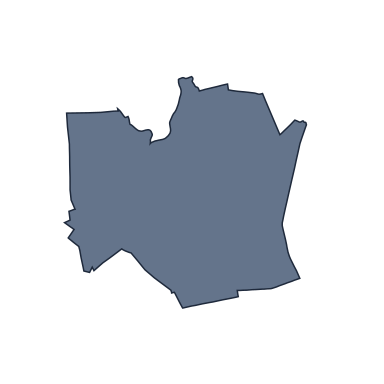 outline of Moc Hoa, Long An, Vietnam, rotated 67°
{"feature_id": "81297802B7527818717712", "entity_name": "Moc Hoa", "entity_type": "district", "adm_level": 2, "iso_a3": "VNM", "parent_name": "Vietnam", "parent_adm1": "Long An", "projection": "orthographic", "projection_center": [105.993, 10.757], "detail": "fine", "context": "isolated", "style": "filled", "palette": "slate", "viewbox_px": 384, "rotation_deg": 67, "n_neighbors": 0, "source": "geoboundaries", "source_scale": "gbopen_adm2", "svg_char_len": 4253}
<svg xmlns="http://www.w3.org/2000/svg" viewBox="0 0 384 384"><g transform="rotate(67 192 192)"><path d="M86.3,227.9L88.6,228.3L87.0,232.5L83.1,244.8L78.5,256.7L70.4,276.6L83.5,281.2L99.9,286.1L103.8,287.7L109.4,289.9L111.9,290.9L115.7,292.5L120.1,294.3L130.8,298.5L137.7,301.4L142.4,303.4L151.9,306.3L152.0,306.4L162.2,306.4L162.1,306.7L162.0,307.2L161.9,308.1L161.9,309.6L161.8,311.7L161.7,312.8L170.2,315.2L170.3,317.6L170.4,321.3L180.4,315.2L185.9,323.9L186.2,323.8L192.3,320.6L197.9,317.5L202.0,318.1L209.3,319.8L218.7,321.6L222.5,322.4L226.0,317.7L222.2,313.2L226.1,313.0L222.4,301.9L220.6,293.8L219.3,288.5L216.9,278.9L218.3,278.0L220.2,276.4L223.0,273.5L224.3,271.9L230.8,269.9L232.5,269.4L234.1,268.9L241.8,266.7L245.2,265.7L256.3,260.2L274.1,249.8L276.4,250.0L277.0,250.2L277.4,247.5L278.3,247.3L289.7,246.5L294.8,246.0L295.2,245.9L295.4,244.8L296.8,236.9L297.7,233.2L299.0,226.2L300.5,219.4L301.4,215.6L302.0,212.4L303.3,205.6L304.8,198.7L306.1,192.3L306.4,190.3L304.5,189.9L300.3,188.8L301.4,186.2L302.3,183.6L303.8,179.8L305.5,174.6L306.6,171.7L308.9,165.2L309.5,163.8L310.7,160.1L310.8,159.9L311.8,157.1L312.0,155.8L312.4,151.2L312.4,148.4L312.8,141.7L312.8,140.2L313.2,134.8L313.2,132.4L313.4,129.8L313.6,126.5L305.1,126.6L300.6,127.0L292.3,127.5L289.3,127.5L286.9,127.3L284.7,127.1L282.8,126.7L279.7,126.1L277.3,125.5L274.7,125.0L272.1,124.5L262.0,122.8L259.3,122.3L258.0,122.0L257.1,121.6L255.7,121.0L253.3,119.3L249.6,116.8L243.4,112.4L238.3,108.7L234.8,106.2L219.7,95.3L214.5,91.5L210.1,88.3L203.4,83.6L196.9,78.9L189.7,73.8L184.6,69.3L180.3,65.4L175.8,61.3L174.9,60.4L174.6,60.5L174.4,60.5L174.1,60.4L173.4,60.1L172.9,60.1L172.6,60.1L172.4,60.2L172.2,60.3L172.1,60.5L172.0,60.9L171.9,61.1L171.8,61.3L171.6,61.5L171.3,61.6L171.0,61.7L170.7,61.7L170.3,61.7L170.1,61.9L169.9,62.1L169.9,62.3L169.8,62.7L169.9,63.7L170.0,64.4L170.0,64.8L169.9,65.2L169.8,65.5L169.5,65.9L168.8,66.5L167.7,67.5L167.1,68.1L166.3,68.9L166.0,69.3L167.3,72.3L168.4,74.8L170.2,79.4L171.6,83.2L172.7,85.9L173.4,87.9L173.6,88.7L168.5,88.7L160.3,88.7L152.2,88.7L136.7,88.7L129.3,88.6L128.9,88.6L128.8,89.4L128.7,90.1L128.5,91.0L128.2,92.1L127.5,93.1L126.3,94.5L125.4,95.7L122.3,101.1L120.3,104.7L117.1,110.7L114.5,115.1L112.2,118.6L106.5,117.1L106.3,118.0L105.5,122.6L104.8,127.3L104.2,130.9L104.0,132.0L103.2,136.8L102.6,140.1L102.5,141.4L101.9,145.8L101.4,145.7L100.6,145.7L99.9,145.7L99.1,145.7L98.4,145.8L98.0,146.0L97.8,146.2L97.4,146.5L97.0,147.1L96.5,147.5L95.8,147.8L94.8,147.9L93.4,148.1L92.6,148.2L91.7,148.5L91.1,148.6L90.5,148.6L90.1,148.5L89.7,148.2L89.4,147.9L88.8,147.4L88.3,147.0L87.9,146.9L87.5,146.8L87.1,146.8L86.5,146.9L85.6,147.4L85.6,148.4L85.5,149.3L85.5,151.2L85.3,152.6L85.1,153.4L84.7,154.0L84.0,154.6L83.6,155.1L83.3,155.5L83.1,156.1L83.0,156.9L83.0,158.0L83.0,158.4L82.9,159.4L82.9,159.8L83.1,160.2L83.3,160.6L84.2,160.9L85.0,161.2L86.0,161.6L87.2,161.8L88.4,162.0L89.4,162.1L90.3,162.0L91.6,162.0L92.8,162.1L94.0,162.3L95.0,162.6L96.2,163.2L97.5,164.0L98.7,164.9L99.8,165.9L100.8,166.7L102.0,167.5L103.5,168.6L105.8,170.3L107.5,171.9L109.1,173.4L110.3,174.6L111.1,175.7L111.7,176.5L112.0,177.0L112.4,177.9L112.8,178.5L113.6,179.5L114.4,180.5L116.3,182.4L116.9,183.1L117.7,183.9L118.8,185.0L119.5,185.5L120.5,185.9L121.7,186.2L123.3,186.6L125.1,187.0L126.9,187.6L127.6,188.0L128.4,188.6L129.1,189.1L129.7,189.9L130.3,190.9L130.9,191.8L131.3,193.0L131.7,194.0L132.0,195.0L132.2,195.8L132.2,197.4L132.1,198.6L131.8,200.0L131.2,202.8L130.9,204.7L130.6,206.1L130.6,207.0L130.6,208.0L130.6,208.9L130.6,209.7L130.7,210.2L130.8,210.8L130.9,211.2L131.0,211.4L130.5,211.1L130.0,210.9L129.5,210.6L129.0,210.4L128.3,210.2L127.8,210.0L127.5,209.8L126.0,208.3L124.5,206.7L123.8,206.2L123.0,206.0L121.4,206.0L120.3,206.0L119.7,206.2L118.7,206.6L118.0,207.3L117.5,208.1L117.1,209.8L117.0,210.0L116.9,210.9L116.7,212.5L116.5,214.0L116.2,215.0L115.3,216.3L114.8,217.1L114.2,217.6L113.5,218.1L111.5,219.2L108.3,220.7L106.8,221.5L106.2,221.9L105.8,222.4L105.6,222.5L105.4,222.6L105.1,222.6L104.6,222.5L103.5,222.3L102.3,222.0L100.7,221.6L99.2,221.4L97.5,221.4L97.5,222.0L97.5,223.3L97.4,224.1L97.3,224.4L97.0,224.6L96.2,224.9L94.7,225.3L92.4,225.8L90.6,226.2L89.3,226.6L87.1,227.5L86.3,227.9Z" fill="#64748b" stroke="#1e293b" stroke-width="1.5"/></g></svg>